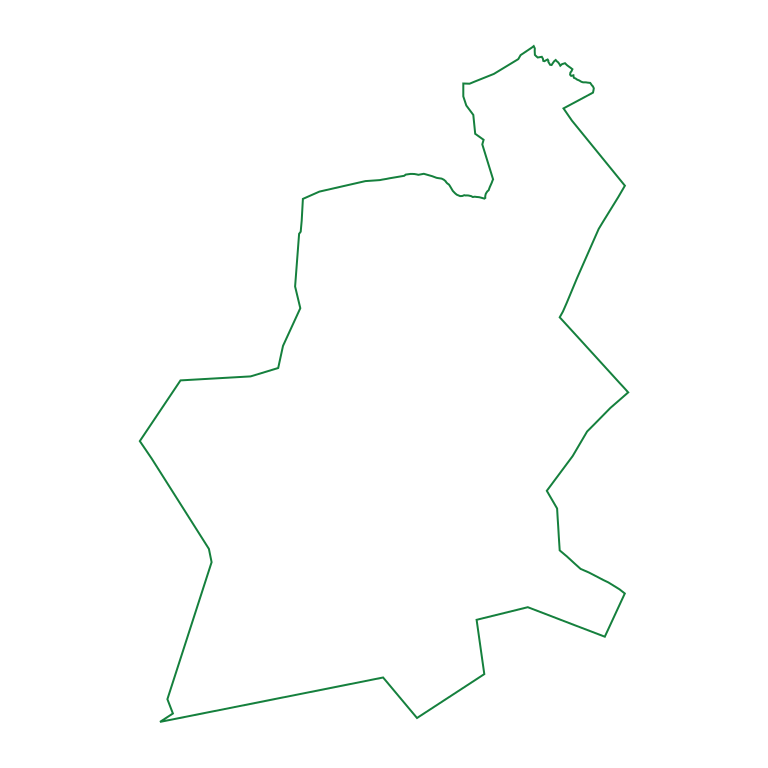 La Reforma, Oaxaca, Mexico (Mercator projection)
{"feature_id": "50627088B69008234776647", "entity_name": "La Reforma", "entity_type": "district", "adm_level": 2, "iso_a3": "MEX", "parent_name": "Mexico", "parent_adm1": "Oaxaca", "projection": "mercator", "projection_center": [-97.837, 16.66], "detail": "fine", "context": "isolated", "style": "outline", "palette": "green", "viewbox_px": 768, "rotation_deg": 0, "n_neighbors": 0, "source": "geoboundaries", "source_scale": "gbopen_adm2", "svg_char_len": 2285}
<svg xmlns="http://www.w3.org/2000/svg" viewBox="0 0 768 768"><path d="M417.0,718.0L484.3,674.1L476.6,619.8L527.8,607.2L576.0,625.7L604.8,636.7L624.8,593.5L619.5,589.3L608.3,582.4L603.3,580.0L588.9,572.5L580.6,568.9L578.7,567.2L574.8,563.7L566.3,555.9L566.0,555.7L559.7,550.4L558.8,536.6L558.2,526.3L557.7,518.8L557.1,508.5L546.8,490.8L572.7,456.0L587.1,431.5L591.9,426.7L593.7,424.9L610.4,407.9L628.2,392.4L623.8,387.5L619.8,383.2L615.8,378.8L587.0,347.2L582.0,341.7L559.7,317.3L562.9,311.6L566.8,302.7L577.0,278.2L598.7,228.9L603.3,221.3L618.2,197.2L624.9,185.7L571.9,120.6L563.5,108.4L593.0,92.6L593.5,90.2L593.8,88.3L592.9,86.3L592.1,85.6L591.2,84.3L590.2,82.9L587.4,82.6L586.4,82.4L584.9,82.3L583.0,82.3L581.4,81.8L579.3,80.5L577.1,79.6L575.6,78.5L573.9,77.8L573.6,76.7L573.4,75.3L571.2,75.9L570.1,74.7L570.4,72.6L571.5,71.2L572.4,69.2L570.7,67.9L568.6,66.4L566.9,65.1L565.0,63.2L563.5,63.7L562.1,64.1L560.3,65.7L559.2,63.7L558.0,62.2L556.5,61.0L555.7,60.0L554.3,61.1L553.4,62.3L552.5,63.6L551.6,65.0L550.1,64.8L549.1,63.1L548.3,61.8L548.3,60.5L547.6,59.5L546.5,60.0L544.4,61.2L543.3,60.9L542.9,58.7L541.8,56.8L537.7,57.5L536.2,56.2L534.9,54.9L534.7,51.0L534.8,48.4L533.7,46.1L532.1,47.4L520.6,55.1L518.3,59.1L493.9,73.9L474.4,81.7L469.6,83.7L463.3,83.5L463.3,96.4L466.3,105.5L473.3,114.9L475.2,133.8L483.6,139.8L482.3,144.4L493.1,179.4L492.7,180.1L491.7,182.8L489.7,187.3L488.6,190.3L487.4,191.3L486.7,192.3L485.8,193.8L485.4,195.3L485.2,196.8L485.3,197.9L484.4,198.6L482.6,198.1L480.8,197.6L479.2,197.2L476.1,196.9L474.8,196.7L472.8,197.0L471.1,196.1L468.4,195.5L466.8,195.4L465.7,195.5L464.2,195.2L463.6,195.5L462.2,196.0L460.1,196.1L456.8,194.7L455.1,193.3L452.8,190.9L450.8,187.5L449.9,186.0L449.0,184.6L447.3,183.4L446.1,182.1L445.7,181.3L443.8,179.7L441.6,178.6L438.1,178.1L436.5,177.8L432.2,176.2L424.9,174.1L423.8,173.8L418.4,174.8L416.6,174.4L414.3,174.0L410.7,173.9L407.1,174.4L405.7,174.6L404.2,175.8L394.2,177.5L389.4,178.3L386.5,178.9L382.3,179.6L379.8,180.1L365.4,181.1L319.4,191.6L302.9,198.9L301.7,220.6L300.7,231.7L299.1,233.8L295.1,286.5L300.3,308.2L283.0,345.9L278.2,368.0L250.6,376.4L180.5,380.4L139.8,441.1L151.7,458.6L208.9,548.9L211.6,562.2L167.4,699.2L172.9,713.5L160.0,721.9L383.1,677.5L417.0,718.0Z" fill="none" stroke="#15803d" stroke-width="2"/></svg>